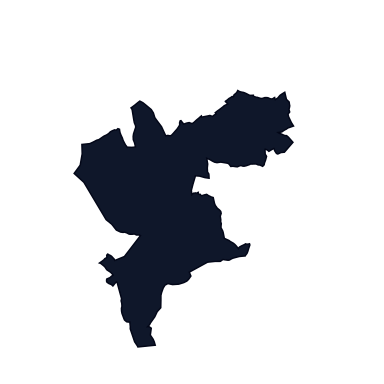 the district of Isiala Mbano, Imo, Nigeria, rotated 145°
{"feature_id": "59680162B35426409409773", "entity_name": "Isiala Mbano", "entity_type": "district", "adm_level": 2, "iso_a3": "NGA", "parent_name": "Nigeria", "parent_adm1": "Imo", "projection": "albers", "projection_center": [7.166, 5.667], "detail": "fine", "context": "isolated", "style": "filled", "palette": "ink", "viewbox_px": 384, "rotation_deg": 145, "n_neighbors": 0, "source": "geoboundaries", "source_scale": "gbopen_adm2", "svg_char_len": 5417}
<svg xmlns="http://www.w3.org/2000/svg" viewBox="0 0 384 384"><g transform="rotate(145 192 192)"><path d="M277.9,274.8L275.0,262.0L278.2,218.6L276.2,211.6L275.8,204.2L273.5,200.2L271.6,198.4L270.4,197.9L269.6,196.9L268.8,195.8L267.7,193.6L266.9,192.9L265.7,192.0L264.7,191.4L263.3,190.7L262.7,189.6L262.0,188.5L260.9,187.8L260.1,187.2L259.6,186.6L259.3,185.8L284.4,177.9L294.5,180.2L294.2,181.5L294.4,182.8L294.6,184.4L294.8,185.7L295.4,187.1L296.1,188.2L296.6,189.5L297.5,189.4L298.3,188.9L298.6,188.2L299.4,187.2L299.9,187.2L301.7,187.4L303.0,187.0L305.2,186.9L308.5,186.9L307.7,185.8L306.6,182.0L306.3,180.2L306.4,178.1L306.3,176.8L305.9,175.9L305.3,174.4L304.8,173.1L304.5,171.7L304.3,170.1L304.3,169.2L304.9,169.2L306.0,169.2L307.0,169.1L308.3,168.9L309.6,169.2L311.8,169.6L312.7,168.6L313.2,167.8L313.4,166.8L312.5,164.5L311.3,162.7L310.8,161.2L310.7,160.4L309.6,160.7L308.4,161.1L306.5,161.6L305.4,161.8L305.2,160.9L308.0,153.1L310.9,145.0L312.5,143.5L313.4,141.1L314.9,138.6L316.5,137.2L318.0,134.9L319.0,132.7L319.5,130.8L320.4,127.3L320.7,125.9L320.0,123.2L318.9,122.1L317.5,121.2L319.7,117.2L321.1,115.3L324.9,102.2L325.0,97.2L325.2,96.1L310.0,87.6L308.9,90.8L308.3,93.6L308.2,98.7L303.5,103.8L303.9,105.0L304.5,106.5L305.5,107.1L303.0,107.6L301.1,108.6L294.1,111.1L289.2,113.9L286.7,114.5L284.0,115.1L279.6,121.1L276.7,125.2L274.4,127.2L270.6,129.9L267.5,131.2L264.3,130.8L261.0,127.3L255.7,124.1L250.7,122.5L247.4,122.0L244.9,122.4L241.1,123.8L240.2,127.9L219.5,125.6L213.2,122.1L208.5,118.9L205.4,119.0L204.3,117.9L201.8,115.6L201.1,115.1L200.3,114.8L197.8,114.6L196.4,114.3L193.9,113.4L190.4,112.1L187.5,110.5L185.1,109.1L183.8,109.7L182.3,110.1L180.4,111.3L177.9,113.3L175.0,115.4L174.6,116.6L175.2,116.8L176.4,117.4L177.5,118.3L178.0,118.9L178.6,118.8L179.9,119.0L182.1,119.4L184.6,119.7L185.5,119.5L186.5,119.0L186.7,122.5L187.0,124.5L187.5,126.3L188.4,128.2L189.2,129.9L189.4,130.8L192.1,135.5L189.8,140.7L189.2,142.4L188.7,146.2L187.3,148.0L186.2,149.2L185.5,151.3L184.3,152.8L182.7,156.0L180.4,157.7L179.6,159.6L179.8,161.5L180.6,164.3L180.6,167.7L180.1,169.8L177.8,175.3L179.1,176.9L179.5,177.7L179.8,178.3L180.6,179.6L181.1,181.1L181.4,181.7L183.7,182.6L186.0,183.3L186.6,183.7L186.6,184.4L186.5,185.2L187.3,186.0L187.8,186.4L188.0,186.6L188.0,186.9L187.6,187.5L187.1,188.1L187.7,188.3L188.5,188.4L189.4,188.5L189.7,188.9L189.9,189.5L190.4,189.5L191.1,189.7L191.5,190.2L193.7,189.8L193.0,191.1L191.6,193.7L186.8,197.8L179.9,203.3L176.7,200.7L173.1,196.3L170.1,193.5L168.7,195.7L167.9,197.1L167.8,199.5L165.7,202.9L163.1,205.9L160.6,211.2L158.8,208.4L157.6,205.7L156.4,203.5L154.7,201.7L151.3,200.0L147.7,196.5L146.2,195.0L145.7,193.9L145.6,192.4L145.6,190.7L143.7,189.6L141.8,187.8L140.4,186.6L137.4,186.0L136.3,185.1L135.5,184.0L134.4,183.2L133.0,182.6L132.1,182.3L128.9,181.4L128.0,181.4L126.9,180.5L125.3,179.5L123.4,178.2L122.3,176.3L120.9,175.1L119.4,172.5L117.3,172.9L116.0,174.2L113.5,175.9L110.5,178.4L110.3,181.1L109.4,182.5L108.1,184.6L107.5,185.1L106.6,183.9L106.0,182.5L105.7,181.2L103.6,181.1L101.4,180.9L100.0,180.7L100.2,179.6L100.6,178.4L100.7,175.1L99.9,173.9L96.5,173.3L93.5,171.6L80.8,174.8L81.6,181.8L82.0,183.0L82.1,183.8L82.6,184.3L83.3,184.7L84.2,185.9L85.1,187.5L85.9,188.8L86.9,190.0L87.4,191.4L85.1,190.2L84.0,189.7L82.4,189.7L80.6,189.7L78.9,189.4L76.6,189.4L74.5,188.8L71.0,187.8L70.8,191.9L69.7,198.3L68.7,200.7L66.1,201.5L65.2,204.0L63.7,205.3L62.5,206.5L61.7,208.3L60.8,210.0L61.5,213.7L60.5,216.3L58.8,220.5L62.1,220.7L64.5,220.7L67.8,219.8L70.9,219.9L70.9,220.3L70.1,222.0L70.8,222.1L72.4,222.1L73.0,222.3L73.6,222.7L74.3,223.4L75.0,224.4L75.4,225.2L76.2,226.1L77.2,226.9L78.3,227.6L78.9,227.8L80.1,228.1L81.5,228.8L82.4,229.7L83.7,231.4L84.3,232.2L85.2,232.9L85.9,234.0L86.4,234.8L86.8,235.5L86.3,236.1L87.4,236.8L88.8,237.7L89.3,238.2L89.7,238.8L90.5,240.4L91.5,242.2L92.6,243.9L93.7,245.0L95.0,246.4L95.7,247.5L96.3,248.9L96.7,248.7L97.2,248.3L97.9,248.1L98.9,247.7L100.2,247.6L101.3,247.5L102.0,247.4L103.0,246.5L103.4,246.2L104.0,246.8L104.3,247.2L106.2,247.2L108.1,247.4L109.9,247.2L111.5,247.1L112.5,247.2L112.8,247.0L112.5,245.8L112.3,244.6L112.2,243.6L113.1,243.7L115.3,244.1L116.2,244.2L117.8,244.0L119.9,243.9L122.7,243.8L124.9,243.8L127.5,243.6L127.4,242.1L129.5,242.3L131.9,242.2L133.4,244.4L135.1,245.1L141.2,247.8L140.7,248.9L141.6,248.9L144.0,248.6L146.8,248.4L150.5,247.9L152.5,247.9L153.5,249.0L154.5,250.5L157.1,251.6L160.0,252.4L159.9,253.7L160.0,254.6L160.1,256.8L160.8,257.1L162.3,256.0L163.0,255.0L163.7,253.9L166.1,252.9L168.2,252.1L171.2,251.4L173.5,250.8L174.5,250.6L176.4,250.2L177.8,250.6L179.3,252.2L181.3,253.1L179.5,263.0L179.8,271.8L179.8,274.3L178.3,278.9L178.1,282.9L180.0,289.9L181.0,293.3L182.6,296.4L185.2,296.3L188.9,296.0L192.0,295.9L193.7,295.9L193.7,294.6L193.8,293.8L195.4,290.5L198.3,284.5L199.5,281.8L200.2,278.7L201.0,277.3L202.9,275.9L206.5,273.2L208.3,271.3L210.1,268.5L210.8,265.4L212.4,261.4L214.4,262.3L216.1,263.4L217.4,264.4L218.4,265.2L219.3,265.5L219.5,268.6L219.1,271.9L218.8,273.9L218.1,276.1L217.5,279.5L216.9,281.9L216.2,283.5L215.4,285.0L216.4,286.4L218.6,286.1L218.9,286.4L219.7,287.3L220.5,287.5L223.0,288.0L224.6,288.1L226.5,287.7L228.4,287.7L229.7,287.8L230.5,288.0L232.4,288.3L236.0,288.3L238.0,288.3L238.8,288.5L240.0,289.0L241.2,289.2L242.9,289.4L243.8,289.5L246.7,290.0L248.1,290.3L254.9,294.1L260.1,286.2L268.2,278.1L277.9,274.8Z" fill="#0f172a" stroke="#020617" stroke-width="1.5"/></g></svg>